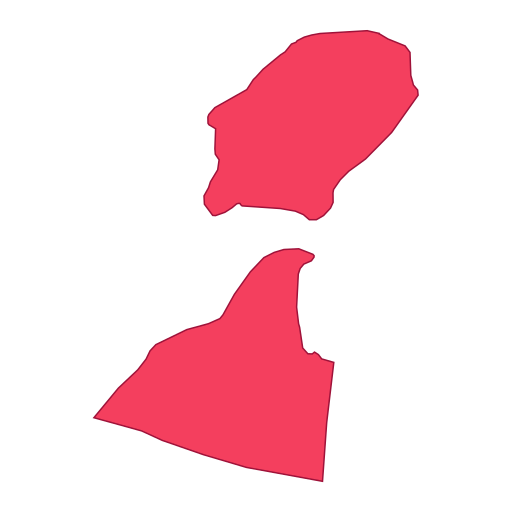 Ifira, Vanuatu (orthographic projection)
{"feature_id": "77236927B32680405740537", "entity_name": "Ifira", "entity_type": "district", "adm_level": 2, "iso_a3": "VUT", "parent_name": "Vanuatu", "parent_adm1": "", "projection": "orthographic", "projection_center": [168.294, -17.753], "detail": "fine", "context": "isolated", "style": "filled", "palette": "rose", "viewbox_px": 512, "rotation_deg": 0, "n_neighbors": 0, "source": "geoboundaries", "source_scale": "gbopen_adm2", "svg_char_len": 1391}
<svg xmlns="http://www.w3.org/2000/svg" viewBox="0 0 512 512"><path d="M333.8,362.4L321.7,358.9L318.4,354.6L314.5,352.1L312.3,353.9L307.9,353.8L302.7,348.0L299.6,327.2L298.6,323.8L296.6,307.1L298.3,274.0L300.2,268.4L303.8,264.1L311.4,260.8L314.0,257.2L314.1,255.7L312.9,254.3L298.8,248.8L283.9,249.5L274.2,252.4L263.9,257.6L250.4,271.8L234.4,294.3L223.0,314.8L219.9,318.6L208.4,323.7L186.8,329.6L155.9,344.6L150.1,350.8L146.1,359.1L137.7,369.9L118.4,388.1L93.9,417.7L103.3,420.3L141.6,430.9L162.3,440.4L203.5,454.7L246.4,467.4L322.5,481.3L326.7,422.5L333.8,362.4ZM296.2,211.5L303.4,214.6L309.3,219.7L316.4,219.7L323.6,215.5L330.5,208.1L333.1,202.4L333.0,192.8L333.6,189.4L340.3,179.7L348.3,171.7L348.8,171.2L365.5,159.0L391.6,132.5L418.1,95.2L417.6,90.0L413.4,85.0L412.7,82.2L410.8,75.4L410.0,52.4L405.1,45.9L388.0,39.0L380.0,34.2L379.2,34.0L379.2,33.4L367.2,30.7L320.0,33.5L311.7,35.0L304.3,37.1L297.2,40.7L296.0,42.3L291.5,44.0L285.1,51.9L280.6,54.8L263.1,69.2L255.8,77.2L253.4,79.5L250.2,84.4L246.8,89.6L214.9,107.6L208.9,114.4L207.9,117.0L208.0,123.3L209.0,124.8L215.6,128.7L214.9,148.9L215.3,154.2L219.1,159.8L217.7,169.8L210.4,181.9L208.6,187.6L204.0,195.9L204.4,204.2L212.7,215.4L215.5,215.6L224.9,212.3L232.1,207.7L236.7,203.8L239.1,203.3L240.2,203.6L240.5,204.5L242.1,205.9L256.9,206.9L280.3,208.5L295.2,211.1L296.2,211.5Z" fill="#f43f5e" stroke="#9f1239" stroke-width="1.5"/></svg>